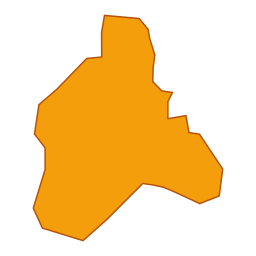 outline of Bukhara city, Bukhoro, Uzbekistan
{"feature_id": "79887680B41570808134522", "entity_name": "Bukhara city", "entity_type": "district", "adm_level": 2, "iso_a3": "UZB", "parent_name": "Uzbekistan", "parent_adm1": "Bukhoro", "projection": "equal_earth", "projection_center": [64.424, 39.709], "detail": "fine", "context": "isolated", "style": "filled", "palette": "amber", "viewbox_px": 256, "rotation_deg": 0, "n_neighbors": 0, "source": "geoboundaries", "source_scale": "gbopen_adm2", "svg_char_len": 518}
<svg xmlns="http://www.w3.org/2000/svg" viewBox="0 0 256 256"><path d="M219.2,195.9L222.7,169.1L199.5,134.2L189.0,132.6L185.9,115.6L167.9,118.7L167.9,101.7L172.4,92.5L161.8,90.9L152.8,81.7L153.1,68.0L154.8,55.0L149.7,38.5L148.1,29.3L139.1,18.5L104.5,15.4L101.6,32.3L101.7,57.0L86.7,58.5L56.8,89.3L38.9,104.7L34.5,134.0L45.1,147.9L45.1,169.5L33.3,208.1L42.4,228.1L83.0,240.6L106.8,219.5L142.7,183.5L153.2,185.0L164.1,187.4L178.4,193.7L199.7,203.6L219.2,195.9Z" fill="#f59e0b" stroke="#b45309" stroke-width="1.5"/></svg>